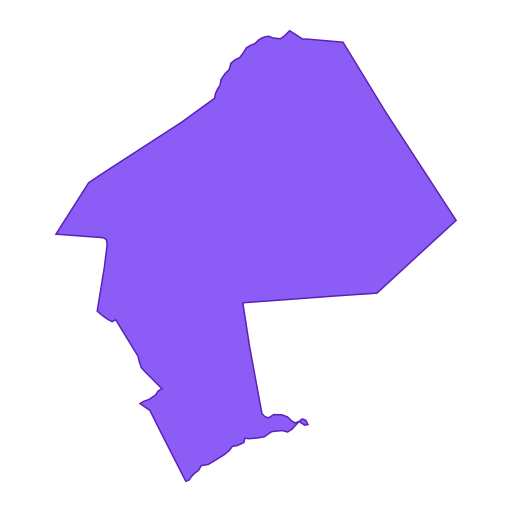 Serra Branca, Paraíba, Brazil
{"feature_id": "56859067B97423314982747", "entity_name": "Serra Branca", "entity_type": "district", "adm_level": 2, "iso_a3": "BRA", "parent_name": "Brazil", "parent_adm1": "Paraíba", "projection": "robinson", "projection_center": [-36.73, -7.555], "detail": "fine", "context": "isolated", "style": "filled", "palette": "violet", "viewbox_px": 512, "rotation_deg": 0, "n_neighbors": 0, "source": "geoboundaries", "source_scale": "gbopen_adm2", "svg_char_len": 1364}
<svg xmlns="http://www.w3.org/2000/svg" viewBox="0 0 512 512"><path d="M299.0,421.5L295.2,422.9L292.0,421.2L287.3,416.8L281.9,414.8L273.7,414.6L268.6,417.8L265.0,416.8L261.9,413.5L249.5,346.0L243.6,307.9L242.8,302.8L332.2,296.2L377.0,293.1L420.4,253.1L444.0,231.5L456.1,220.4L385.4,111.7L343.0,42.2L307.2,39.1L302.7,39.1L289.6,30.7L285.2,35.3L280.4,38.8L272.7,37.9L269.0,36.3L265.4,36.7L261.5,38.1L258.4,40.2L254.5,43.9L250.9,45.2L246.5,47.7L243.8,52.0L239.8,57.6L235.2,59.7L230.9,63.2L229.2,69.6L225.0,73.7L221.0,79.6L220.0,85.3L217.5,89.1L215.4,93.8L214.6,98.2L181.3,122.4L111.6,167.5L100.0,175.1L88.7,182.7L55.9,234.2L99.5,237.4L103.4,237.8L106.4,239.5L107.1,244.9L104.3,267.6L97.2,311.1L100.8,314.2L104.7,317.3L108.6,319.8L112.1,321.7L115.7,319.7L120.2,327.1L138.0,356.2L139.3,361.7L141.3,367.6L143.8,370.4L150.1,376.8L162.0,388.8L158.2,390.9L155.5,395.0L152.3,397.2L149.2,399.4L143.8,401.3L140.0,403.6L149.9,410.4L160.9,432.4L185.8,481.3L189.0,480.0L191.4,476.6L194.6,473.3L198.5,470.4L201.3,465.6L208.1,464.5L212.8,461.8L224.8,454.3L229.5,450.2L232.4,446.3L236.8,445.7L243.8,442.6L245.0,438.2L249.0,438.7L256.3,438.1L260.3,437.5L264.4,436.7L268.1,434.0L271.9,431.6L275.4,431.2L282.1,430.6L287.6,432.0L292.0,429.2L299.0,421.5ZM308.0,424.6L305.8,420.3L302.2,418.9L299.0,421.5L304.6,425.1L308.0,424.6Z" fill="#8b5cf6" stroke="#5b21b6" stroke-width="1.5"/></svg>